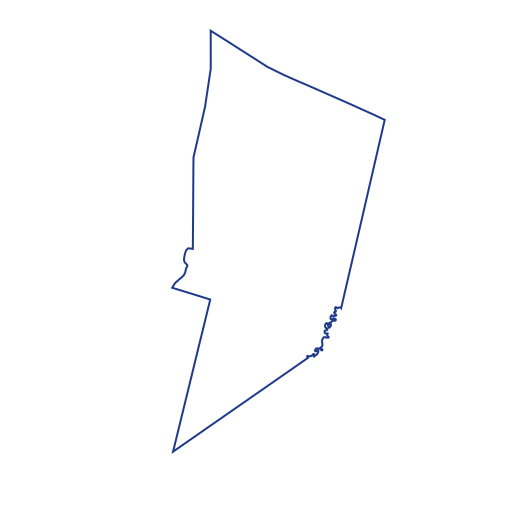 Boven Digoel, Papua, Indonesia, rotated 13°
{"feature_id": "22746128B21273779065212", "entity_name": "Boven Digoel", "entity_type": "district", "adm_level": 2, "iso_a3": "IDN", "parent_name": "Indonesia", "parent_adm1": "Papua", "projection": "equal_earth", "projection_center": [140.719, -6.154], "detail": "fine", "context": "isolated", "style": "outline", "palette": "blue", "viewbox_px": 512, "rotation_deg": 13, "n_neighbors": 0, "source": "geoboundaries", "source_scale": "gbopen_adm2", "svg_char_len": 5047}
<svg xmlns="http://www.w3.org/2000/svg" viewBox="0 0 512 512"><g transform="rotate(13 256 256)"><path d="M329.5,343.5L328.9,343.1L328.7,342.8L328.5,342.5L328.4,342.1L328.5,341.9L329.0,341.7L329.2,341.8L329.9,341.9L330.5,341.7L331.4,341.4L332.1,341.1L332.4,340.9L332.7,340.8L332.9,340.5L333.0,340.3L333.1,340.2L333.2,339.9L333.3,339.6L333.6,339.2L333.8,338.8L334.0,338.8L334.2,338.7L334.3,338.6L334.5,338.5L334.8,338.7L335.0,338.9L335.1,339.1L335.2,339.3L335.2,339.5L335.2,339.8L335.1,340.0L335.0,340.4L335.0,340.6L335.0,340.8L335.2,341.0L335.4,340.9L335.4,340.7L335.5,340.6L335.5,340.4L335.6,340.2L335.8,339.9L335.9,339.7L336.0,339.6L336.3,339.4L336.5,339.3L336.7,339.1L336.9,339.0L337.1,338.7L337.3,338.5L337.5,338.1L337.7,337.7L337.9,337.2L338.1,336.4L338.2,336.0L338.2,335.6L338.2,335.3L338.2,334.9L338.1,334.5L337.8,334.2L337.5,334.1L337.2,334.3L336.6,334.6L336.4,334.8L336.3,335.0L335.8,335.4L335.7,335.5L335.3,335.5L335.2,335.4L334.9,335.1L334.8,334.7L334.8,334.3L334.8,334.0L334.9,333.6L335.0,333.4L335.1,333.2L335.3,332.7L335.6,332.5L336.0,332.4L336.5,332.2L336.8,332.2L337.0,332.2L337.3,332.2L337.8,332.2L338.0,332.1L338.2,331.8L338.4,331.7L338.5,331.7L338.8,331.7L339.1,331.9L339.3,332.0L339.6,332.3L339.8,332.5L340.1,332.7L340.3,332.8L340.6,333.0L341.0,333.1L341.4,333.2L341.6,333.1L341.7,332.9L341.8,332.7L341.8,332.2L341.7,332.0L341.5,331.9L341.2,331.9L340.7,331.8L340.1,331.7L339.8,331.3L339.7,330.7L339.8,330.4L339.9,330.2L340.1,329.9L340.4,329.5L340.6,329.3L340.8,329.0L340.8,328.6L340.8,328.4L340.8,328.1L340.7,327.7L340.4,326.4L340.3,326.1L340.1,325.8L340.0,325.5L339.7,324.9L339.6,324.6L339.4,324.2L339.4,323.7L339.4,323.2L339.4,322.8L339.4,322.6L339.4,322.2L339.6,321.7L339.7,321.3L339.8,321.1L339.9,320.7L340.0,320.6L340.3,320.0L340.5,319.8L340.8,319.7L341.2,319.6L341.6,319.6L342.1,319.7L342.3,319.7L342.7,319.8L342.9,319.7L343.4,319.7L343.8,319.5L344.2,319.4L344.5,319.3L344.8,319.3L345.0,319.1L345.1,318.7L344.9,318.4L344.5,318.3L344.2,318.1L343.8,317.9L343.6,317.8L343.4,317.6L343.3,317.4L343.2,317.0L343.1,316.5L343.2,315.9L343.3,315.4L343.0,315.3L342.7,315.4L342.3,315.7L342.0,315.8L341.5,315.9L341.0,315.8L340.4,315.5L340.1,315.1L339.8,314.4L339.8,313.9L339.8,313.6L339.9,313.3L340.0,313.1L340.2,312.9L340.7,312.8L340.8,312.8L341.0,312.8L341.3,312.7L341.6,312.4L341.8,312.1L342.1,311.4L342.1,311.0L342.0,310.8L341.6,310.6L341.4,310.6L341.2,310.5L340.6,310.5L340.2,310.3L339.9,310.0L339.6,309.8L339.5,309.7L339.3,309.5L339.1,309.2L339.0,308.7L338.9,308.3L338.9,307.5L339.1,306.5L339.2,306.1L339.5,305.9L339.7,305.7L340.2,305.5L340.5,305.5L340.9,305.9L341.1,306.2L341.5,306.8L341.6,307.1L341.8,307.5L341.9,307.8L342.1,308.1L342.4,308.4L342.7,308.6L343.0,308.8L343.2,309.2L343.3,309.3L343.5,309.3L343.8,309.1L344.1,308.6L344.3,308.0L344.5,307.5L344.5,307.1L344.6,306.6L344.6,306.3L344.5,306.0L344.2,306.0L343.9,306.0L343.4,306.1L343.0,306.0L342.6,305.7L342.5,305.3L342.5,305.0L342.5,304.6L343.1,304.4L343.6,304.2L343.8,304.0L343.9,303.8L344.1,303.7L344.2,303.4L344.8,302.4L345.4,301.9L346.1,301.5L346.4,301.5L346.8,301.4L347.2,301.4L347.6,301.3L347.7,301.2L348.0,300.9L348.1,300.5L348.1,300.1L348.0,299.9L347.7,299.6L347.4,299.5L346.7,299.3L346.2,299.4L345.7,299.4L345.4,299.4L345.1,299.7L344.8,300.0L344.4,300.4L343.9,300.7L343.7,300.7L343.3,300.7L343.0,300.5L342.7,300.1L342.6,299.8L342.5,299.6L342.4,299.1L342.4,298.8L342.4,298.6L342.4,298.4L342.5,298.0L342.6,297.6L342.7,297.4L342.8,297.1L342.9,296.9L343.1,296.7L343.3,296.9L343.5,297.1L344.1,297.2L344.8,297.2L345.4,297.1L345.8,296.8L346.3,296.6L346.7,296.4L347.5,295.9L347.5,295.6L347.1,295.2L345.9,294.8L345.7,294.6L345.3,294.3L345.1,294.0L344.9,293.4L345.0,293.1L345.0,292.9L345.2,292.7L345.4,292.8L345.6,292.7L345.8,292.7L346.0,292.6L346.1,292.4L346.2,292.2L346.2,291.8L346.1,291.3L345.6,290.8L345.2,290.4L344.9,289.5L344.8,289.0L344.9,288.5L345.0,288.2L345.2,287.9L345.5,287.9L345.9,287.9L346.2,288.1L346.5,288.3L347.0,288.5L347.4,288.4L347.7,288.2L348.1,287.7L348.9,287.3L349.4,287.2L350.0,287.2L350.3,287.3L350.6,287.4L350.7,287.5L350.8,204.1L350.8,190.1L350.8,186.5L350.8,172.1L350.8,160.8L350.8,153.6L350.8,149.3L350.8,141.6L350.8,133.0L350.8,94.4L339.2,91.9L337.2,91.5L325.7,89.2L317.8,87.6L312.8,86.6L311.6,86.4L308.1,85.7L305.3,85.2L282.1,80.8L279.5,80.3L265.6,77.7L258.3,76.4L252.1,75.2L243.2,73.5L236.8,72.0L231.5,70.8L230.0,70.4L224.7,69.2L197.8,59.6L193.8,58.2L183.4,54.5L182.0,54.0L161.2,46.7L169.7,83.3L169.8,84.1L172.7,121.1L172.8,121.5L172.8,124.8L172.9,156.8L172.9,166.2L172.9,173.9L175.3,184.8L184.5,225.8L191.9,259.0L192.8,263.3L190.0,263.5L188.0,263.9L186.7,266.1L186.3,269.0L186.3,272.1L186.6,275.7L187.7,278.0L189.2,279.0L190.0,279.5L191.0,280.2L191.3,281.2L190.9,282.8L190.6,284.8L190.7,286.0L190.7,288.2L190.6,288.8L190.2,290.1L189.9,291.2L189.1,292.3L188.2,293.8L187.2,295.1L186.4,296.0L186.2,296.3L185.2,297.9L183.2,300.5L181.5,305.8L221.2,308.7L220.9,333.7L220.9,333.9L220.6,354.3L220.1,396.1L219.5,443.0L219.2,465.3L285.8,391.8L285.9,391.7L290.2,387.0L329.2,343.9L329.5,343.5Z" fill="none" stroke="#1e3a8a" stroke-width="2"/></g></svg>